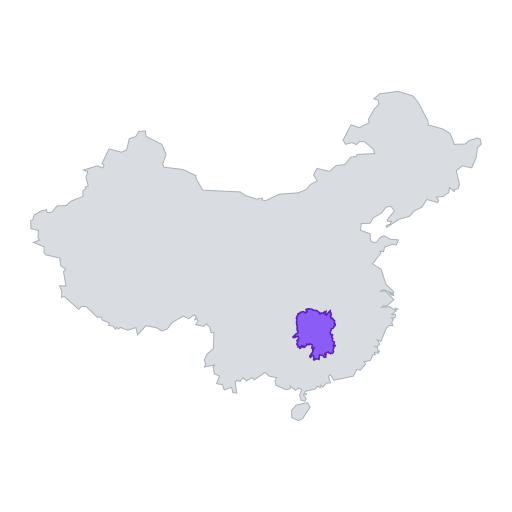 location of Hunan within China
{"feature_id": "CHN-1808", "entity_name": "Hunan", "entity_type": "Province", "adm_level": 1, "iso_a3": "CHN", "parent_name": "China", "parent_adm1": "", "projection": "natural_earth1", "projection_center": [111.592, 27.371], "detail": "fine", "context": "in_parent", "style": "filled", "palette": "violet", "viewbox_px": 512, "rotation_deg": 0, "n_neighbors": 0, "source": "natural_earth", "source_scale": "10m", "svg_char_len": 9383}
<svg xmlns="http://www.w3.org/2000/svg" viewBox="0 0 512 512"><path d="M286.2,389.7L275.9,385.2L275.0,380.3L276.8,377.7L269.5,376.3L265.0,372.4L254.4,379.9L251.9,377.7L246.8,380.8L242.8,378.0L240.0,381.5L236.7,380.4L235.2,382.6L236.7,393.0L232.9,392.6L231.6,387.3L224.2,389.9L222.5,384.8L216.6,383.6L219.4,376.0L214.4,373.8L213.1,367.1L214.4,365.0L204.4,367.0L205.6,364.0L204.3,360.2L206.7,354.4L213.4,348.6L213.9,332.5L211.1,332.7L209.7,327.1L206.4,323.8L203.7,326.4L195.7,324.6L198.1,321.3L197.1,318.6L194.7,319.8L196.5,316.7L194.1,314.8L188.9,318.7L183.1,316.1L172.2,322.5L167.3,328.9L161.9,331.0L156.5,327.7L145.9,325.7L137.6,334.9L135.9,327.6L127.9,330.2L120.2,327.5L118.5,329.1L116.5,327.4L115.3,329.3L113.0,325.9L108.7,325.5L109.2,322.9L102.1,319.9L101.3,317.0L97.3,317.3L86.1,306.5L81.3,306.4L78.7,309.3L64.2,296.4L61.5,297.3L61.8,291.1L59.6,285.8L66.0,286.0L63.5,271.8L65.7,269.0L60.7,265.7L59.7,258.0L45.8,254.9L44.1,252.6L44.2,247.0L33.6,242.4L39.5,240.0L38.0,238.0L38.5,230.5L31.0,228.6L30.7,220.7L32.9,219.5L34.1,215.1L41.0,211.0L46.5,209.7L47.0,212.7L51.9,212.2L57.0,206.0L66.1,205.5L71.3,201.0L82.9,196.5L83.0,190.7L86.0,188.7L85.1,187.2L88.2,186.1L86.0,177.4L87.7,171.7L83.4,170.1L97.2,165.8L103.0,167.9L104.0,165.1L102.0,163.5L109.0,148.9L121.3,152.2L126.6,150.0L129.3,138.6L135.7,136.6L138.7,131.5L145.4,130.9L146.0,136.4L161.9,144.4L166.1,154.6L162.6,164.2L164.0,167.2L183.0,169.5L196.0,175.7L195.7,177.9L202.7,190.2L240.3,191.9L245.1,195.4L256.5,199.2L262.3,198.0L262.3,200.1L265.8,200.6L279.2,194.2L298.2,192.8L306.1,189.7L310.5,184.4L317.3,181.0L313.5,174.9L317.1,168.4L329.4,171.4L336.4,165.4L344.6,164.8L350.8,157.1L356.4,156.5L357.1,154.4L374.7,153.6L373.4,149.2L364.4,141.6L359.2,141.6L356.2,144.6L352.0,142.6L345.8,144.3L343.0,140.3L351.0,124.8L359.5,127.7L369.2,122.6L368.4,119.6L374.4,108.8L379.0,104.3L378.1,100.1L373.8,98.8L380.1,93.7L398.2,91.4L412.7,95.9L418.0,102.0L428.2,121.4L428.2,125.0L442.3,128.8L450.2,133.6L454.4,144.3L464.9,144.1L469.4,140.5L477.4,138.0L480.2,139.1L481.3,144.1L477.4,147.8L476.2,157.5L471.7,167.8L462.3,166.0L456.3,170.5L459.4,184.1L458.3,188.5L453.7,190.1L454.6,191.9L449.7,187.6L448.5,192.7L443.1,196.5L436.6,197.0L438.6,200.5L437.7,202.6L426.9,199.5L421.9,207.1L413.9,211.2L409.5,216.3L399.0,219.3L386.7,227.4L386.2,225.6L390.5,223.9L391.4,221.3L387.3,221.3L387.2,219.8L394.4,210.9L391.0,206.4L386.1,207.1L381.1,213.4L373.1,217.9L370.2,223.2L361.3,223.6L360.4,230.3L370.2,233.9L370.4,240.6L373.0,242.4L376.6,242.2L380.2,237.3L383.9,235.8L390.7,239.3L398.4,239.9L396.2,245.2L393.0,244.0L384.6,247.1L383.5,251.8L380.0,251.2L380.8,253.2L372.6,263.9L381.1,269.3L386.0,284.5L393.7,291.7L393.2,293.6L383.6,289.7L379.9,291.3L385.1,290.9L393.9,299.6L386.9,305.9L383.4,305.9L381.5,307.3L389.7,306.7L396.2,310.8L391.8,314.5L395.4,314.4L395.1,317.8L391.4,317.8L393.3,319.5L391.7,322.4L392.9,325.7L389.2,325.4L386.2,328.4L381.0,341.4L377.4,339.9L379.7,344.2L376.5,346.8L374.0,346.2L377.7,347.3L377.9,353.1L374.4,352.5L375.3,354.6L372.8,354.8L370.4,360.3L364.0,361.7L365.7,363.9L360.4,370.1L356.8,369.5L353.4,376.1L334.0,380.2L330.1,374.6L328.6,376.4L330.3,382.9L326.7,383.1L322.7,387.1L320.9,385.2L320.5,387.5L317.6,386.4L314.9,389.2L305.5,391.3L303.4,395.0L306.3,399.0L304.9,401.1L301.3,400.4L299.5,395.2L301.7,389.9L298.8,387.9L295.5,390.4L290.2,385.9L290.4,388.5L286.2,389.7ZM307.4,402.6L310.2,407.1L302.7,418.5L298.3,420.6L291.8,417.6L291.6,410.4L296.3,405.0L307.4,402.6ZM394.1,295.5L391.4,295.0L389.0,292.6L390.9,293.0L394.1,295.5ZM397.7,309.0L395.7,309.5L395.2,308.3L397.7,309.0ZM379.5,351.2L378.5,352.7L378.6,350.7L379.5,351.2ZM304.5,394.4L306.4,393.7L306.2,394.7L304.5,394.4Z" fill="#d9dde1" stroke="#a8b0b8" stroke-width="1"/><path d="M296.6,324.1L296.9,323.0L296.4,322.7L296.7,322.2L296.7,321.9L296.9,321.7L296.6,321.1L296.6,320.1L296.8,319.0L296.9,318.8L296.8,318.6L296.3,318.1L296.5,317.9L296.7,317.3L296.7,316.9L297.3,316.3L297.3,315.7L297.7,315.3L297.7,314.9L297.8,314.8L297.9,314.3L298.0,314.3L298.1,313.9L298.3,314.0L298.3,313.7L298.7,313.7L298.9,313.4L299.3,313.2L299.5,313.2L299.8,313.4L300.1,313.4L300.2,312.9L300.5,312.3L300.8,312.1L303.3,311.6L304.1,312.0L304.7,312.6L305.3,312.9L305.7,312.6L305.8,312.2L306.0,312.2L306.2,312.3L306.4,312.3L306.9,312.0L307.1,311.8L307.0,311.4L306.7,311.1L306.4,310.9L306.2,310.5L306.2,310.0L306.4,309.7L306.1,309.5L306.4,309.2L306.8,309.1L307.4,309.2L307.9,309.4L308.1,309.2L308.2,308.8L308.4,308.7L309.8,309.0L310.7,309.0L312.2,309.3L313.1,310.0L313.3,310.3L313.9,310.2L314.8,310.5L315.6,310.6L316.1,310.3L316.9,310.8L317.4,311.0L319.0,312.4L319.3,312.9L319.7,312.7L319.8,313.1L320.2,313.4L320.2,314.0L320.8,313.6L321.5,313.0L321.9,313.0L322.3,313.1L323.2,313.1L323.3,312.9L323.4,312.7L323.8,312.5L324.1,312.1L324.9,311.6L325.1,311.8L325.1,312.2L325.3,312.5L325.9,311.7L325.9,312.0L325.8,312.4L325.3,312.8L325.1,313.1L325.1,313.4L325.3,314.5L325.8,314.1L326.0,314.1L326.2,314.8L326.3,314.9L326.4,314.5L326.4,314.4L326.7,314.7L326.9,314.6L327.2,314.0L329.0,311.8L329.2,311.7L329.8,311.1L330.3,310.7L330.3,310.9L330.0,311.9L329.9,312.5L330.0,312.6L330.6,312.5L330.8,312.7L331.1,313.4L331.0,314.0L331.3,314.4L331.4,314.8L331.2,315.2L330.8,315.4L330.5,315.9L330.3,316.3L330.3,316.6L330.8,316.9L330.8,317.1L330.9,317.9L331.1,318.1L331.2,318.4L331.3,318.3L331.5,318.0L331.8,317.9L332.5,318.3L332.8,318.4L332.8,319.1L332.8,319.5L333.3,319.6L333.6,319.8L333.9,320.2L334.6,320.7L334.7,321.0L334.5,321.7L334.5,322.7L334.0,323.1L334.5,323.6L335.0,323.7L334.9,324.3L335.3,324.6L335.4,324.8L335.4,325.1L335.1,325.6L334.8,325.9L334.3,326.0L334.2,326.5L333.8,326.8L333.7,327.6L333.5,327.8L333.0,328.3L332.2,328.4L331.9,328.6L331.6,328.6L331.4,328.8L331.3,329.1L331.3,330.0L330.6,331.3L330.2,332.5L330.3,332.9L330.5,334.4L330.6,334.5L331.1,334.8L331.7,334.5L331.9,334.4L332.5,334.6L332.5,335.3L332.3,335.7L331.7,336.5L331.7,337.0L331.8,337.2L332.1,337.1L332.2,337.5L332.4,337.8L332.6,338.1L332.8,338.3L332.6,339.1L332.4,339.5L332.6,341.1L332.9,341.4L333.4,341.5L333.8,341.8L334.4,341.9L334.4,342.0L334.3,343.0L333.9,343.6L333.7,344.7L333.2,345.4L333.1,345.7L333.4,345.8L333.7,345.6L334.1,345.7L334.5,345.4L334.9,345.2L335.3,345.4L335.4,345.6L335.3,345.8L335.1,346.0L334.6,346.2L334.4,346.5L334.1,346.6L333.9,347.0L333.8,348.1L333.5,348.7L333.3,349.2L333.0,349.8L333.1,350.5L333.4,350.9L333.6,351.3L333.3,351.9L333.2,352.5L332.8,352.7L332.5,353.2L332.2,353.5L331.9,353.5L331.3,353.3L330.4,353.7L330.0,353.1L329.6,353.2L329.2,353.1L329.0,352.9L328.7,352.8L328.3,352.3L328.2,351.9L327.4,352.1L326.4,353.0L326.0,353.3L325.5,353.5L325.2,353.7L324.8,353.5L324.7,353.7L324.8,354.1L325.0,354.5L325.7,354.4L326.0,354.4L326.1,354.6L325.8,354.9L325.6,355.1L325.7,355.8L325.6,356.4L325.9,357.0L325.3,357.2L324.9,357.3L324.3,357.3L323.7,356.8L323.5,356.5L323.4,356.0L323.1,355.5L322.8,355.5L322.3,355.5L321.6,355.2L321.1,355.2L320.7,355.0L320.1,355.1L319.8,354.9L319.6,354.9L319.0,357.1L319.0,357.3L319.3,357.5L319.1,358.8L318.9,358.5L318.5,358.7L318.2,359.2L317.5,358.9L317.2,359.0L316.5,359.0L315.4,358.8L315.2,359.0L315.0,359.5L314.7,359.6L314.3,360.1L313.9,359.9L313.6,359.8L313.5,359.7L313.8,359.1L313.9,358.6L313.7,358.2L313.7,357.9L313.6,357.2L313.8,356.6L313.4,356.2L313.5,355.8L313.5,355.6L313.2,355.5L312.7,355.7L312.4,355.4L311.5,356.1L311.2,356.3L310.8,357.3L310.6,357.5L310.4,357.5L310.2,357.4L309.8,356.5L309.9,356.2L310.1,355.3L310.2,355.2L310.7,355.1L311.0,354.7L311.1,354.4L311.1,354.1L311.4,353.9L311.5,353.2L311.8,353.1L312.2,353.0L312.4,352.7L312.5,352.4L312.7,351.9L312.8,351.1L312.6,350.7L312.7,350.3L312.7,349.9L313.1,349.8L313.4,349.2L313.5,348.7L313.9,348.3L313.7,348.2L313.8,348.0L313.4,348.2L312.7,348.2L312.6,348.3L312.5,348.6L312.4,348.6L312.1,348.5L311.8,348.0L311.7,347.6L312.0,346.7L312.2,345.3L312.4,345.0L312.3,344.9L312.1,344.7L311.9,344.7L311.2,344.4L310.3,344.0L309.8,343.7L309.7,343.8L309.5,344.6L309.3,344.7L308.0,344.7L307.8,344.6L307.9,344.3L307.8,344.2L306.9,344.0L306.7,344.2L306.7,344.5L306.6,344.8L306.7,345.0L306.2,345.7L305.6,345.8L305.1,346.1L304.6,347.3L304.3,347.5L304.1,347.5L303.8,347.0L303.7,346.9L302.6,347.0L302.6,346.8L302.6,346.6L302.8,346.2L302.9,345.9L302.7,345.8L302.4,345.7L302.1,345.5L301.8,345.5L301.7,345.6L301.2,346.8L300.7,347.0L300.7,347.9L300.6,348.1L300.1,348.4L299.8,348.4L299.7,348.3L299.7,348.1L299.8,347.7L299.3,346.9L299.2,346.8L299.0,347.0L298.7,347.0L298.4,346.9L298.1,347.0L297.9,346.4L297.8,345.6L297.6,345.3L297.6,345.1L297.7,344.8L297.1,344.7L296.9,344.4L296.8,344.1L297.0,343.3L297.6,342.5L297.7,342.3L297.8,341.9L297.7,341.7L297.5,341.2L297.3,341.0L296.9,340.9L296.8,340.7L297.2,340.3L297.6,340.3L298.6,339.5L298.6,339.2L298.1,339.0L298.1,338.9L298.4,338.5L298.5,338.2L298.6,337.6L298.5,337.3L298.2,337.0L298.0,336.7L297.6,336.5L297.1,336.5L296.7,336.7L296.4,336.5L296.0,337.0L295.7,337.2L295.5,336.6L295.3,336.6L294.7,337.0L294.4,337.2L294.2,337.6L293.8,337.8L293.7,337.8L293.3,337.3L292.9,337.1L293.0,336.9L293.4,336.9L293.7,336.7L293.8,336.1L294.3,335.6L294.7,335.4L295.5,334.4L295.7,334.0L295.9,333.9L296.2,333.7L296.5,333.8L296.8,333.8L297.1,333.2L297.9,332.6L298.1,332.3L298.1,331.7L297.9,331.2L297.9,330.9L297.4,330.7L297.2,330.4L297.2,330.0L297.1,329.5L297.1,329.3L297.3,329.1L297.1,328.9L297.1,328.6L297.4,328.2L297.5,328.0L297.5,327.9L297.3,327.9L297.0,328.0L297.0,327.9L297.0,327.7L297.4,326.5L297.4,326.1L297.3,325.8L296.7,325.4L296.8,324.8L296.6,324.1Z" fill="#8b5cf6" stroke="#5b21b6" stroke-width="1.5"/></svg>